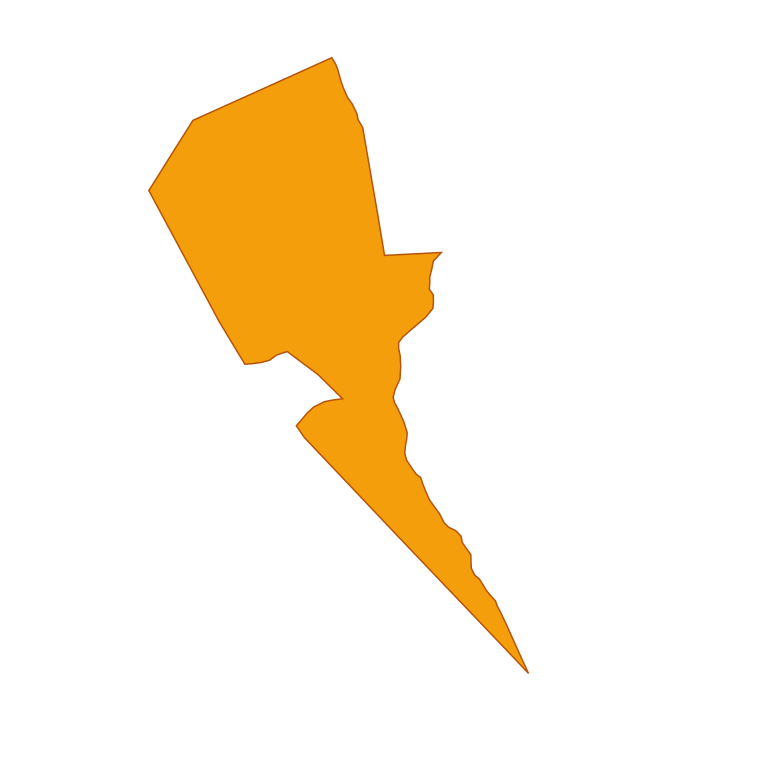 outline of Itaiçaba, Ceará, Brazil, rotated 61°
{"feature_id": "56859067B36389495737376", "entity_name": "Itaiçaba", "entity_type": "district", "adm_level": 2, "iso_a3": "BRA", "parent_name": "Brazil", "parent_adm1": "Ceará", "projection": "natural_earth1", "projection_center": [-37.787, -4.712], "detail": "fine", "context": "isolated", "style": "filled", "palette": "amber", "viewbox_px": 768, "rotation_deg": 61, "n_neighbors": 0, "source": "geoboundaries", "source_scale": "gbopen_adm2", "svg_char_len": 1253}
<svg xmlns="http://www.w3.org/2000/svg" viewBox="0 0 768 768"><g transform="rotate(61 384 384)"><path d="M73.3,271.5L60.8,423.3L71.8,443.3L80.5,459.2L96.6,488.2L100.8,495.9L249.6,497.9L299.2,496.1L302.5,489.0L305.6,481.1L307.7,472.7L306.6,463.7L308.7,452.9L343.9,437.1L376.8,427.4L373.0,437.1L370.6,444.7L370.0,456.4L372.0,464.8L375.0,472.7L378.0,480.9L392.3,479.6L524.9,445.4L690.7,402.1L707.2,397.9L694.3,397.0L652.6,393.5L641.5,392.8L633.5,392.6L627.6,391.7L621.5,393.2L613.8,394.6L607.5,394.8L600.7,395.2L595.2,397.3L587.5,397.0L581.3,393.9L575.4,390.8L567.4,391.7L560.7,392.4L554.4,390.4L547.0,392.4L540.7,396.9L534.4,398.7L524.3,398.3L516.5,399.4L507.2,400.4L499.4,399.7L490.8,398.6L483.6,397.3L478.0,399.7L470.8,400.4L461.5,401.2L454.4,399.3L448.5,395.2L443.0,390.7L437.8,387.3L426.0,384.9L411.2,383.8L405.5,383.8L400.1,382.5L394.2,376.9L387.2,367.5L376.3,360.6L367.2,356.2L360.1,354.0L354.8,351.1L352.1,345.1L350.0,335.8L345.8,315.1L341.6,304.6L336.6,301.2L330.0,297.7L323.1,298.4L317.7,294.9L312.7,292.2L306.4,286.3L300.4,281.2L296.8,270.1L271.8,321.2L232.3,307.2L149.4,278.3L140.2,278.5L134.7,276.7L124.0,276.0L115.7,277.0L105.0,276.0L96.0,274.3L87.0,272.1L80.8,271.2L73.3,271.5Z" fill="#f59e0b" stroke="#b45309" stroke-width="1.5"/></g></svg>